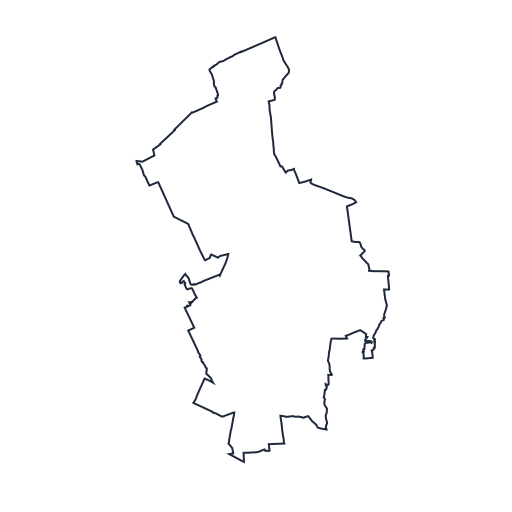 outline of Topolog, Tulcea, Romania, rotated 59°
{"feature_id": "2599482B94952153685810", "entity_name": "Topolog", "entity_type": "district", "adm_level": 2, "iso_a3": "ROU", "parent_name": "Romania", "parent_adm1": "Tulcea", "projection": "natural_earth1", "projection_center": [28.367, 44.857], "detail": "fine", "context": "isolated", "style": "outline", "palette": "slate", "viewbox_px": 512, "rotation_deg": 59, "n_neighbors": 0, "source": "geoboundaries", "source_scale": "gbopen_adm2", "svg_char_len": 6082}
<svg xmlns="http://www.w3.org/2000/svg" viewBox="0 0 512 512"><g transform="rotate(59 256 256)"><path d="M78.4,126.7L73.6,163.0L73.5,163.6L73.1,163.4L72.4,171.1L72.7,173.2L72.2,176.3L72.3,176.5L72.0,180.2L72.0,183.4L71.7,185.0L71.0,186.4L70.9,188.3L71.5,191.1L71.3,194.3L71.8,194.5L71.8,195.3L71.6,195.3L71.6,196.3L72.1,199.7L73.1,200.3L77.7,200.3L83.6,201.8L84.8,202.1L86.7,203.5L88.8,204.1L89.3,204.2L90.8,203.8L98.2,205.4L98.5,205.6L98.8,206.7L100.0,207.2L100.4,207.5L100.2,209.6L102.4,210.0L103.5,210.0L102.3,218.8L101.9,223.5L102.0,223.7L102.0,224.0L100.6,235.4L100.3,237.1L99.9,237.1L105.6,260.6L105.8,260.6L105.8,260.9L106.3,260.8L110.5,280.4L111.0,280.4L111.7,289.4L117.5,291.3L116.7,304.7L113.0,309.5L114.3,310.0L116.3,310.4L116.3,310.2L117.0,308.7L117.7,308.5L124.0,309.1L129.1,310.5L131.0,310.0L140.7,311.1L141.9,303.5L142.2,302.1L142.4,301.8L180.0,306.2L193.6,297.6L204.2,299.1L205.7,299.5L206.9,299.3L222.5,301.2L233.2,302.0L233.5,301.6L233.8,296.7L233.6,296.3L231.7,294.0L231.6,293.6L237.8,289.5L237.5,286.9L240.0,278.7L243.0,281.6L246.3,285.6L254.3,297.3L253.1,297.4L250.4,313.7L250.2,317.4L249.8,318.2L249.5,321.4L249.1,323.1L248.5,324.0L248.1,323.8L247.8,325.7L246.8,326.4L246.2,326.6L240.5,325.2L237.7,325.5L236.5,326.0L235.0,325.8L235.6,328.1L236.0,328.8L236.7,330.7L238.4,334.4L240.4,334.8L240.7,334.0L240.6,332.9L240.2,332.3L240.3,330.8L243.0,330.7L243.2,330.9L243.1,331.7L243.3,331.8L247.0,332.3L248.9,332.3L249.3,331.8L249.5,331.2L249.6,330.1L250.2,328.1L250.7,327.6L253.2,327.6L255.1,328.0L257.7,328.2L261.3,328.2L261.2,329.9L262.5,334.3L262.1,334.7L261.9,335.4L262.8,335.4L262.9,335.8L261.5,337.2L264.3,337.5L264.1,340.4L263.2,340.4L263.1,340.7L263.7,341.1L263.9,341.9L263.5,343.7L285.7,345.9L285.0,352.5L307.6,354.7L308.6,355.1L312.7,354.9L313.0,355.2L313.1,355.9L313.6,356.1L316.6,355.9L317.8,356.8L318.8,356.7L319.7,356.2L319.9,356.6L323.2,356.2L325.7,356.5L326.5,356.1L327.0,356.3L327.4,356.2L327.7,356.7L328.8,357.2L329.3,358.0L330.3,358.5L331.4,359.3L334.4,358.2L335.6,358.1L336.5,357.7L337.7,357.5L340.4,358.1L342.4,358.1L339.2,359.9L334.6,363.2L343.5,376.1L345.5,378.8L347.1,380.6L349.0,383.8L349.7,385.3L365.9,374.4L367.4,373.5L367.7,373.7L368.0,373.6L370.7,371.1L373.0,369.9L376.4,367.6L378.1,358.8L378.7,355.5L378.9,355.2L381.7,357.4L383.8,359.5L386.0,361.3L391.9,366.6L392.3,367.2L398.4,372.5L401.9,375.3L402.5,376.1L403.0,376.3L404.0,375.9L408.5,375.3L413.5,377.2L412.0,381.0L426.3,372.5L425.2,371.6L424.1,371.2L418.3,368.0L421.4,362.7L421.7,361.5L422.1,361.1L424.4,356.8L425.2,354.7L426.1,348.5L426.3,348.3L427.3,348.5L427.8,348.3L429.9,344.9L429.9,344.7L423.9,341.9L431.3,328.4L430.6,328.3L426.6,326.3L425.9,326.2L418.9,323.3L412.8,320.4L407.0,318.1L405.5,317.3L407.7,314.6L409.1,313.3L409.7,312.5L412.0,307.4L412.7,306.3L413.7,305.5L414.4,304.5L415.7,301.9L416.2,301.6L417.9,299.6L418.8,299.0L419.1,298.4L419.2,297.2L419.6,296.8L419.6,295.6L420.2,293.7L426.7,292.9L429.6,291.9L431.6,291.3L433.9,291.4L435.3,291.1L435.8,290.7L439.1,287.3L439.6,286.5L441.1,285.0L440.6,284.7L439.5,284.6L438.5,284.2L436.9,282.6L436.2,281.4L435.8,281.1L433.6,280.3L431.7,279.9L430.2,279.1L428.9,278.7L428.2,278.0L427.1,276.4L423.8,274.0L423.1,273.8L419.6,273.9L417.8,273.6L417.4,273.2L415.8,272.2L414.3,270.6L412.1,270.8L410.6,269.2L409.7,268.6L406.3,265.9L406.2,265.6L406.6,265.1L406.5,264.6L405.7,263.9L405.2,263.0L404.0,262.6L403.0,262.9L401.8,262.3L402.6,262.0L403.5,260.7L403.6,260.2L402.9,259.5L397.1,256.4L396.4,255.8L395.1,255.3L396.9,252.5L396.9,252.1L392.8,252.0L392.2,251.5L391.3,251.4L389.3,250.1L386.1,248.7L383.0,248.3L382.5,248.1L379.4,245.3L377.1,243.7L376.4,243.0L375.8,242.8L375.0,241.7L368.5,236.6L365.8,234.0L365.8,233.5L366.3,232.7L371.0,225.3L371.0,224.8L371.2,224.7L373.0,221.8L373.6,220.4L370.7,220.2L371.7,214.7L371.9,212.3L373.2,204.9L375.9,203.5L379.8,201.8L380.5,202.5L381.9,203.6L382.3,203.4L382.6,202.4L382.8,202.2L383.7,204.2L383.8,205.2L384.9,206.2L386.0,205.1L386.2,204.4L387.8,201.9L388.4,201.3L389.1,201.0L389.9,201.8L387.8,203.7L388.1,204.5L387.7,205.0L387.2,206.6L387.4,208.3L389.4,209.4L391.2,211.0L391.6,211.1L391.3,211.7L391.7,212.0L391.7,212.4L393.4,214.2L393.6,214.1L393.3,213.3L393.7,212.9L394.5,214.1L396.8,214.9L399.2,216.5L400.5,214.5L401.9,211.3L403.4,208.5L402.4,207.8L398.0,205.9L397.3,205.8L396.5,205.5L396.5,205.1L396.9,204.5L396.8,203.4L396.5,203.0L395.3,202.3L395.3,201.9L395.7,201.4L393.7,200.1L392.9,199.6L392.2,199.6L391.8,199.3L391.3,199.2L391.2,198.9L391.4,198.6L390.4,198.0L389.6,198.4L388.6,197.7L389.1,197.3L388.7,196.9L386.7,197.8L384.8,196.1L383.7,193.8L382.6,192.2L381.8,191.4L381.3,189.8L380.5,188.4L379.3,186.6L378.3,185.6L377.7,184.0L376.3,181.8L376.6,179.5L375.8,178.9L375.4,177.8L374.7,178.3L374.6,177.6L374.1,177.1L373.1,176.9L372.3,176.4L369.4,173.0L366.1,169.5L365.3,169.1L359.4,167.4L350.6,163.5L353.3,159.3L353.1,159.0L342.5,153.9L341.0,153.1L341.4,152.5L339.9,151.4L340.0,151.3L339.8,151.2L339.6,151.4L337.9,150.6L337.7,150.4L336.7,151.5L332.5,158.2L328.9,164.1L328.0,164.9L327.0,166.7L325.6,165.6L321.2,164.1L320.2,164.2L318.0,164.9L317.0,164.9L315.4,165.4L312.3,166.0L310.1,166.1L309.3,166.4L307.8,160.3L306.9,159.9L304.3,160.8L302.0,161.0L299.6,160.2L297.4,160.1L295.1,163.7L292.7,166.4L260.3,152.5L261.3,146.4L261.5,142.5L258.6,142.7L255.7,144.4L253.4,147.2L249.6,150.5L232.7,163.1L232.4,163.5L231.4,164.2L225.0,169.5L222.6,171.0L221.3,171.5L220.5,171.1L219.5,169.8L218.9,169.4L218.9,169.6L217.8,174.1L217.7,175.2L217.4,175.9L215.8,181.3L205.5,179.5L202.4,179.2L200.9,178.6L200.7,180.3L200.2,182.3L199.3,184.3L199.3,185.8L199.9,187.4L198.5,187.7L192.9,187.5L192.3,187.9L191.8,188.9L180.9,187.8L178.4,188.0L175.3,186.7L174.2,186.0L168.8,183.5L167.9,182.8L165.6,182.0L159.5,179.2L145.4,172.1L137.4,168.9L133.4,166.7L130.0,165.5L131.3,161.3L131.7,159.4L129.3,157.9L127.4,157.4L125.2,156.4L124.3,155.5L124.2,155.2L124.1,153.6L123.2,151.0L124.3,148.7L123.9,148.0L123.4,147.5L122.7,147.2L122.1,145.4L121.4,145.3L121.0,144.3L118.7,142.4L117.0,137.6L115.9,133.8L113.7,131.8L110.9,131.5L102.5,131.7L99.2,130.9L91.8,129.7L78.4,126.7Z" fill="none" stroke="#1e293b" stroke-width="2"/></g></svg>